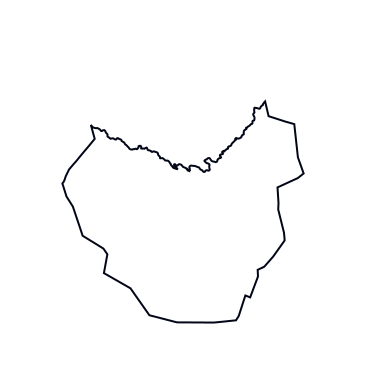 Saixan, Bulgan, Mongolia (Robinson projection), rotated 223°
{"feature_id": "93677404B96562605257028", "entity_name": "Saixan", "entity_type": "district", "adm_level": 2, "iso_a3": "MNG", "parent_name": "Mongolia", "parent_adm1": "Bulgan", "projection": "robinson", "projection_center": [102.704, 48.597], "detail": "fine", "context": "isolated", "style": "outline", "palette": "ink", "viewbox_px": 384, "rotation_deg": 223, "n_neighbors": 0, "source": "geoboundaries", "source_scale": "gbopen_adm2", "svg_char_len": 5940}
<svg xmlns="http://www.w3.org/2000/svg" viewBox="0 0 384 384"><g transform="rotate(223 192 192)"><path d="M72.3,128.2L73.3,133.3L82.4,152.7L77.6,154.6L86.1,175.2L90.9,179.9L88.2,186.6L88.6,200.2L91.2,219.7L92.3,220.8L97.0,225.0L117.0,238.0L121.2,242.9L132.6,253.7L124.1,274.4L123.0,281.7L138.2,289.6L163.5,311.4L172.1,307.0L187.7,299.7L200.3,308.1L200.2,305.9L200.0,304.8L199.5,304.0L199.5,303.8L199.8,303.0L199.9,302.5L199.7,301.9L199.8,301.4L199.8,301.2L199.4,300.0L199.3,299.5L199.4,299.1L199.5,298.8L199.8,298.6L200.2,298.4L201.7,297.7L203.2,296.7L203.7,296.3L203.7,295.9L203.5,295.5L202.8,294.9L202.2,294.0L202.0,293.8L200.6,292.8L200.5,292.6L200.5,292.3L200.5,291.3L200.4,290.9L200.3,290.7L199.8,290.2L199.4,290.0L197.8,289.5L197.0,289.0L196.6,288.6L196.0,287.9L195.4,286.7L196.0,285.6L196.1,285.2L195.8,284.7L194.7,283.5L194.6,283.3L194.6,282.8L194.9,282.1L195.2,281.7L195.1,279.6L195.3,279.3L195.5,278.4L195.8,277.6L195.6,276.6L195.7,276.4L196.1,276.1L196.2,275.9L196.2,275.7L195.9,275.4L195.5,275.3L195.3,275.1L195.2,275.0L195.4,274.4L195.5,274.1L195.6,273.6L195.8,273.1L195.6,271.9L195.4,271.6L195.0,271.3L194.7,270.6L193.9,270.0L193.5,269.4L193.5,269.2L194.0,268.2L194.0,267.8L193.8,267.2L193.8,266.3L193.4,265.9L193.4,264.9L193.7,264.0L194.3,262.9L194.7,262.5L195.1,262.1L196.3,261.8L196.5,261.7L196.6,261.2L196.5,260.5L196.6,260.3L196.6,260.2L196.2,260.0L195.7,260.3L195.6,260.2L195.8,259.8L195.7,257.4L195.8,256.1L195.9,255.7L195.7,254.1L195.7,253.8L195.2,252.9L195.2,252.6L195.2,252.3L195.4,251.8L195.7,251.2L195.8,250.7L196.2,250.3L196.3,249.8L196.3,249.4L196.1,249.1L195.4,248.5L195.3,248.0L195.4,247.9L195.6,247.7L195.9,246.7L196.0,246.4L195.9,246.2L196.1,245.7L196.1,245.4L196.2,244.4L196.0,243.9L196.1,243.6L196.2,243.4L196.4,243.2L196.7,243.2L196.7,243.3L196.7,243.5L196.9,243.6L197.0,243.5L197.1,242.8L197.3,242.4L197.3,242.1L197.2,241.8L197.1,241.6L196.7,241.5L195.7,241.3L195.4,241.0L195.5,240.6L195.6,240.3L196.0,239.6L196.5,239.1L196.7,238.8L196.8,238.5L196.6,237.8L196.3,237.6L196.0,237.4L194.6,237.3L194.4,237.2L194.3,236.8L194.3,236.4L194.9,235.7L195.1,235.3L195.4,233.8L195.4,233.5L195.2,233.1L195.2,232.6L195.1,232.4L194.7,232.0L194.6,231.7L194.5,231.3L194.6,230.9L194.9,230.1L195.2,229.9L196.7,229.2L197.5,228.6L198.1,228.3L198.8,228.2L199.4,228.2L200.5,228.4L201.7,228.7L202.2,228.7L202.5,228.6L202.8,228.4L203.4,227.5L203.5,227.2L203.5,226.0L203.5,225.8L203.9,225.3L204.0,224.9L204.2,224.2L204.3,223.9L204.3,223.5L204.0,223.2L203.8,223.1L203.6,223.1L202.5,223.1L201.3,223.1L200.9,223.2L200.2,223.6L198.9,224.1L198.7,224.1L198.3,224.1L198.0,224.0L197.6,223.7L197.4,223.4L197.3,223.0L197.2,222.8L195.6,221.3L194.5,220.7L194.3,220.4L194.1,220.0L194.2,219.3L194.6,218.8L195.6,218.3L196.2,217.8L196.4,217.4L196.6,216.7L196.6,216.4L196.4,215.7L196.6,215.2L196.8,215.0L197.0,214.8L197.3,214.7L197.8,214.6L198.1,214.6L199.2,214.8L199.6,214.8L200.6,214.4L201.4,214.3L202.3,214.4L202.8,214.6L203.6,214.7L204.0,214.6L205.1,214.0L207.3,213.2L207.7,213.0L209.1,211.8L210.8,210.6L211.1,210.0L211.1,209.0L210.9,208.4L210.7,208.2L209.5,207.5L208.9,206.9L208.7,206.7L208.3,206.5L208.3,206.2L208.3,205.9L208.5,205.6L208.8,205.2L209.2,205.0L209.7,204.9L211.0,205.1L210.8,205.4L209.9,205.5L210.1,205.6L211.1,205.6L212.0,205.5L213.0,205.2L214.3,204.8L215.0,204.5L215.5,204.3L216.3,204.3L216.8,204.4L217.0,204.5L218.5,204.6L218.9,204.4L219.8,204.0L220.1,203.8L220.4,203.4L220.6,202.9L220.7,202.5L220.6,201.5L220.8,201.3L221.2,200.9L221.7,200.7L222.1,200.6L223.4,200.7L223.6,200.6L223.8,200.4L223.8,200.1L223.8,199.8L223.3,199.3L223.0,199.1L222.7,199.1L221.9,199.1L221.2,199.3L220.6,199.4L220.0,199.1L218.7,199.1L218.5,198.8L218.5,198.6L218.8,198.4L221.9,197.0L222.8,197.0L223.7,197.2L224.2,197.4L224.5,197.4L225.0,197.4L225.3,197.3L226.3,197.6L226.9,198.1L227.8,198.1L229.1,198.5L229.9,198.6L230.6,198.5L231.1,198.4L231.5,198.1L232.6,197.1L233.3,196.8L234.6,196.9L235.5,196.9L236.1,196.8L236.9,196.5L237.4,196.0L237.7,195.5L237.9,195.3L238.3,195.0L238.5,195.0L239.0,195.5L239.4,195.8L239.8,195.9L240.3,196.0L240.8,195.9L241.8,196.0L242.2,196.2L243.1,196.9L243.4,197.1L244.6,197.1L245.2,196.9L245.8,196.5L247.1,196.0L247.7,195.6L248.0,195.3L248.2,194.6L248.6,194.0L249.0,193.9L249.4,193.9L249.7,194.0L249.9,194.0L250.4,193.7L251.2,193.6L251.9,193.2L252.3,192.8L252.6,192.7L253.1,192.6L253.4,192.7L254.8,193.5L255.4,193.5L255.7,193.3L255.9,192.6L256.2,191.9L256.3,191.2L257.5,190.4L257.7,190.1L258.0,189.7L258.7,189.3L258.9,189.2L259.3,189.6L259.3,189.8L259.6,190.2L260.5,190.6L261.1,190.6L261.5,190.4L262.2,189.4L262.3,189.1L261.7,188.6L261.6,188.4L261.6,187.8L261.4,187.5L261.5,186.9L261.3,186.3L261.3,186.2L261.4,185.9L261.5,185.7L261.8,185.6L262.4,185.4L262.7,185.3L263.2,184.6L263.3,184.1L263.7,183.7L264.1,183.4L264.4,182.8L264.8,182.1L266.0,181.3L266.4,181.2L267.1,181.0L267.5,181.0L268.8,181.4L270.4,181.3L271.1,181.5L271.9,181.5L272.6,181.4L273.3,181.3L274.2,181.5L275.0,181.9L275.5,181.9L277.3,181.5L278.2,181.4L278.5,181.4L279.1,181.8L279.6,181.9L280.1,181.8L281.0,181.3L281.3,181.1L282.1,181.1L282.6,181.0L283.2,180.5L283.5,180.0L283.5,179.8L283.2,179.2L283.5,178.4L283.8,178.1L284.2,178.0L285.6,177.6L286.2,177.5L286.5,177.3L287.3,176.3L287.7,175.6L288.0,175.4L288.7,175.3L289.2,175.4L290.5,175.1L291.6,175.0L291.8,175.1L293.0,176.4L293.2,176.5L293.7,176.6L294.0,176.6L295.3,176.7L297.4,177.5L298.2,177.5L298.4,177.4L299.1,176.5L299.3,176.1L299.4,175.4L299.6,175.0L300.1,174.7L300.9,174.7L301.6,174.9L302.0,174.9L303.3,174.7L304.8,174.2L305.3,173.7L305.9,173.1L306.6,172.6L308.1,171.9L308.7,171.8L309.7,171.8L310.1,171.8L311.7,172.1L299.4,164.5L298.8,154.9L298.5,148.4L298.1,141.1L297.7,135.6L297.6,131.3L297.3,124.7L295.1,117.5L293.1,113.1L293.1,112.5L292.7,111.7L292.7,111.0L292.7,110.3L292.4,109.6L292.0,109.5L280.7,103.1L269.2,100.1L247.2,88.2L242.2,85.4L218.2,90.2L211.4,88.7L201.1,72.6L171.3,79.6L139.1,72.8L114.1,86.4L86.9,111.5L80.9,118.3L72.3,128.2Z" fill="none" stroke="#020617" stroke-width="2"/></g></svg>